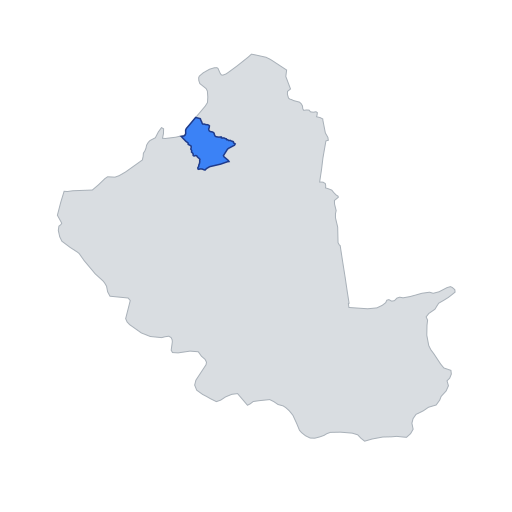 location of Komondjari within Burkina Faso, rotated 262°
{"feature_id": "BFA-2875", "entity_name": "Komondjari", "entity_type": "Province", "adm_level": 1, "iso_a3": "BFA", "parent_name": "Burkina Faso", "parent_adm1": "", "projection": "equal_earth", "projection_center": [0.776, 12.701], "detail": "fine", "context": "in_parent", "style": "filled", "palette": "blue", "viewbox_px": 512, "rotation_deg": 262, "n_neighbors": 0, "source": "natural_earth", "source_scale": "10m", "svg_char_len": 4574}
<svg xmlns="http://www.w3.org/2000/svg" viewBox="0 0 512 512"><g transform="rotate(262 256 256)"><path d="M381.2,341.1L368.2,341.8L363.4,343.7L360.5,343.7L360.4,342.2L360.1,341.2L343.7,335.9L332.1,332.8L320.4,329.3L319.8,332.6L318.1,334.7L315.6,334.8L313.8,334.3L312.6,336.8L310.7,340.2L308.0,341.8L305.3,343.8L303.8,345.6L302.7,345.7L300.1,341.4L296.5,341.0L289.8,341.7L286.9,340.6L282.8,340.0L273.2,340.9L257.8,339.1L255.2,340.1L254.6,340.8L239.3,341.0L222.5,341.3L208.5,341.4L196.2,341.6L196.2,340.9L192.2,340.8L191.8,342.2L188.2,359.2L187.8,368.5L189.6,374.2L191.7,377.9L194.0,379.4L194.3,381.5L192.4,384.1L192.5,386.9L194.7,389.7L195.2,392.6L194.1,395.8L194.4,403.2L196.0,415.1L196.0,422.8L194.4,426.3L195.1,432.3L198.1,440.8L198.6,444.3L197.5,446.0L195.0,448.2L192.5,448.1L189.5,443.0L188.2,440.7L185.9,435.5L183.8,430.3L181.1,428.0L178.4,425.8L175.1,419.2L172.0,416.0L168.6,417.0L163.7,415.7L153.8,414.1L143.2,414.6L138.8,416.1L134.4,418.5L123.3,423.8L119.0,426.4L115.6,433.1L111.9,433.0L108.1,430.8L105.8,427.8L100.7,428.5L95.9,425.5L91.2,419.8L87.8,417.9L83.4,413.7L82.2,405.7L79.4,400.1L76.9,392.4L73.1,388.9L68.7,387.1L62.6,387.5L58.6,384.4L55.5,379.8L56.4,375.9L57.8,370.3L58.1,365.0L59.1,356.3L58.6,345.4L57.5,337.8L60.9,334.6L64.8,331.8L67.2,326.6L69.8,315.1L71.0,305.1L70.2,301.4L68.9,298.4L68.0,294.1L67.4,288.9L68.2,284.3L71.1,280.0L74.8,276.5L77.4,274.8L84.4,273.0L93.1,270.4L98.1,267.4L101.7,264.4L103.8,262.0L105.9,257.1L109.3,253.4L111.9,249.6L112.3,239.0L112.3,233.0L110.4,229.7L109.4,226.8L122.3,218.6L122.4,212.8L120.7,206.2L118.2,201.0L117.3,196.5L120.9,191.2L124.0,187.2L126.4,183.8L131.4,178.6L136.7,177.3L141.4,179.2L155.3,191.4L157.7,192.2L160.7,191.2L164.4,188.0L169.2,185.5L171.0,177.4L170.9,165.4L172.0,159.9L174.5,158.9L182.6,161.2L184.7,161.3L187.0,160.6L188.7,158.5L188.7,154.6L188.3,151.2L191.0,140.1L195.8,131.7L205.6,121.3L208.6,119.2L212.1,118.2L229.4,125.3L232.2,123.5L236.5,105.8L241.2,104.1L246.9,103.8L250.5,102.3L252.5,101.1L260.7,94.3L275.3,85.2L283.1,81.2L284.6,79.8L290.2,73.3L297.7,65.8L302.4,64.3L308.9,63.8L313.0,65.0L314.2,67.1L315.5,68.2L324.0,65.0L336.3,70.1L346.8,75.0L346.1,78.2L346.1,83.7L345.2,92.5L344.1,103.1L348.4,109.9L353.7,117.2L355.1,120.1L353.7,127.3L354.6,131.6L357.4,138.6L362.1,147.6L366.9,156.8L370.3,158.1L373.5,158.8L375.4,160.5L378.2,162.1L381.0,163.1L383.5,165.1L385.1,167.1L387.1,172.8L392.5,176.6L396.3,180.3L394.8,182.2L390.1,181.4L385.6,179.8L385.0,182.5L384.8,193.0L385.6,201.7L386.6,202.9L391.1,204.5L401.8,215.8L411.5,226.6L414.7,229.3L420.1,230.4L426.1,230.8L428.7,229.9L434.5,224.4L437.6,223.8L440.4,224.0L442.0,224.9L444.8,229.3L447.4,235.9L448.2,240.9L447.9,243.5L447.0,244.5L442.3,245.8L440.2,246.8L439.7,248.2L440.4,251.5L441.4,253.6L446.6,263.3L454.2,276.2L456.5,279.6L455.2,283.4L451.4,293.6L448.5,297.8L435.9,312.2L429.6,310.5L416.6,313.4L414.6,310.1L411.6,309.6L407.8,310.2L406.5,311.5L406.0,312.9L404.7,314.8L402.3,320.5L400.4,322.0L398.1,322.9L395.3,322.8L393.6,323.5L393.6,326.3L393.1,328.8L391.2,330.0L390.4,332.8L390.5,335.5L389.4,336.7L386.9,336.0L385.5,335.3L384.1,338.8L382.4,341.2L381.2,341.1Z" fill="#d9dde1" stroke="#a8b0b8" stroke-width="1"/><path d="M384.8,198.7L384.8,200.0L384.9,201.3L385.4,202.4L386.8,203.4L390.4,203.8L392.0,204.8L394.8,208.0L397.9,211.4L401.6,215.5L399.8,219.9L399.4,220.1L398.4,220.2L396.3,220.9L394.7,221.2L394.1,221.6L393.9,222.4L393.8,223.4L393.4,224.0L393.0,224.9L392.8,226.2L392.2,227.3L391.4,228.0L390.7,227.8L390.3,227.7L390.0,227.6L389.3,227.4L388.5,226.8L387.6,226.8L386.8,227.0L386.2,227.3L385.5,228.3L385.0,229.9L384.1,231.2L383.2,231.6L382.1,231.7L380.9,232.0L380.2,232.4L379.7,233.1L378.9,235.6L378.8,236.9L378.8,238.1L378.5,238.4L378.1,238.3L377.8,238.2L377.5,239.1L377.4,240.7L376.5,242.0L376.2,242.9L375.2,243.2L375.2,243.9L374.9,244.4L374.2,244.9L374.1,245.7L374.1,246.6L373.7,247.1L373.2,247.7L372.8,248.9L372.3,249.5L371.6,249.4L371.0,249.6L370.7,250.2L369.9,251.0L368.7,250.1L366.4,243.7L365.7,242.6L359.9,237.7L358.7,238.1L354.8,241.6L353.8,242.2L353.3,242.4L353.3,240.8L351.9,233.8L350.9,222.6L349.5,219.2L348.2,217.5L348.6,216.5L349.6,214.8L350.0,212.8L349.8,211.3L350.3,210.6L351.6,210.7L352.7,211.7L354.0,212.0L355.5,212.9L357.1,213.4L358.4,213.5L359.6,213.9L360.7,213.1L361.6,212.3L362.5,211.6L363.4,211.3L363.9,210.4L363.7,209.3L363.7,208.6L364.0,208.0L364.4,207.8L364.7,207.7L365.5,208.0L366.7,207.6L367.9,206.6L369.3,207.0L371.0,206.3L372.3,206.9L373.8,207.1L375.0,205.8L375.9,204.4L377.3,204.5L378.2,203.7L379.2,202.6L383.8,199.3L384.7,198.8L384.8,198.7Z" fill="#3b82f6" stroke="#1e3a8a" stroke-width="1.5"/></g></svg>